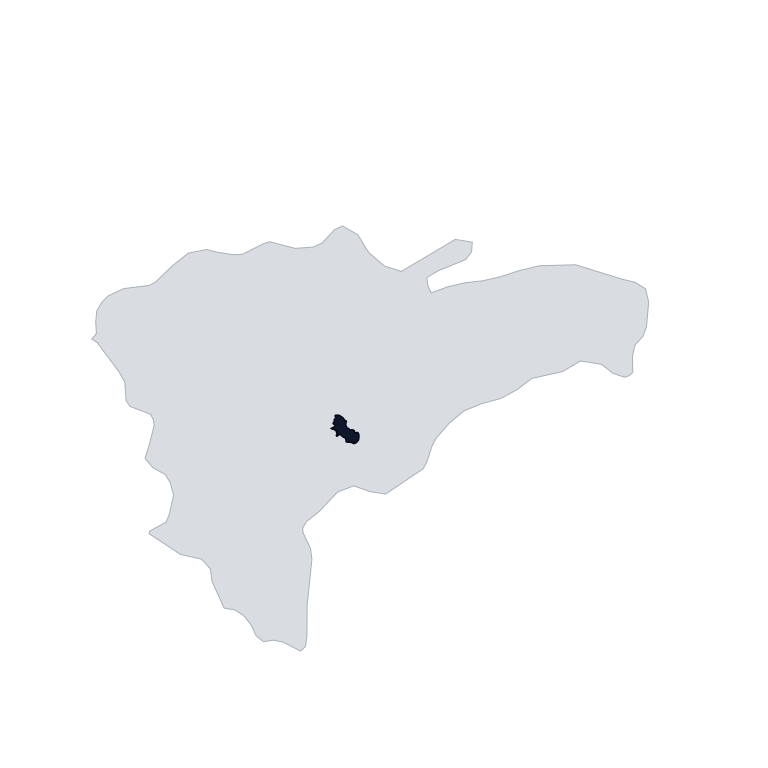 Sabana Larga, San José de Ocoa, Dominican Republic shown in context, rotated 334°
{"feature_id": "3306468B82901312279704", "entity_name": "Sabana Larga", "entity_type": "district", "adm_level": 2, "iso_a3": "DOM", "parent_name": "Dominican Republic", "parent_adm1": "San José de Ocoa", "projection": "natural_earth1", "projection_center": [-70.54, 18.642], "detail": "fine", "context": "in_parent", "style": "filled", "palette": "ink", "viewbox_px": 768, "rotation_deg": 334, "n_neighbors": 0, "source": "geoboundaries", "source_scale": "gbopen_adm2", "svg_char_len": 4709}
<svg xmlns="http://www.w3.org/2000/svg" viewBox="0 0 768 768"><g transform="rotate(334 384 384)"><path d="M142.1,515.4L142.9,486.0L146.9,474.0L143.2,461.4L126.5,448.1L116.3,430.9L107.2,415.6L109.3,413.4L127.5,412.7L133.9,407.1L146.2,391.5L148.6,379.0L147.7,369.5L139.7,358.1L136.6,346.1L146.4,335.7L159.3,320.5L161.1,314.6L160.8,308.8L145.9,292.8L144.9,285.9L151.9,268.5L151.2,256.9L144.3,220.9L141.1,215.6L147.7,212.5L152.1,201.8L158.0,192.3L165.7,187.1L174.5,183.9L192.0,184.2L216.2,192.5L223.1,192.3L246.3,184.8L265.6,180.6L283.7,185.4L291.0,191.9L306.0,202.2L313.5,205.3L337.2,205.1L343.7,206.1L363.5,223.1L380.3,229.9L390.0,230.2L407.4,223.6L416.0,223.8L425.9,238.5L427.9,259.3L436.2,278.3L448.9,290.4L511.5,285.3L525.5,295.3L520.7,303.5L511.9,307.9L482.1,306.0L469.1,307.0L466.5,315.2L466.4,322.8L483.9,324.6L500.9,328.5L518.3,334.6L536.0,338.7L556.0,341.5L575.6,345.9L608.4,360.8L644.6,394.8L654.3,402.6L660.8,413.2L657.8,426.3L644.9,447.8L637.6,454.7L626.9,458.9L619.6,467.7L612.6,482.7L608.3,484.0L603.2,483.4L594.5,474.9L588.3,461.8L570.8,449.5L550.0,451.1L519.4,443.8L500.9,447.4L482.4,448.2L463.4,444.5L444.4,443.2L425.4,447.8L406.9,455.7L400.1,460.7L388.3,472.9L382.0,477.4L337.1,483.6L324.2,474.6L312.2,462.3L294.9,460.7L269.9,470.2L254.2,473.6L247.9,477.7L246.0,482.3L245.9,499.5L242.4,509.9L217.9,549.2L204.1,577.0L198.4,585.5L191.9,587.4L179.9,571.5L172.2,565.7L162.7,562.8L158.7,554.3L158.9,542.2L156.4,530.6L150.6,521.4L142.1,515.4Z" fill="#d9dde1" stroke="#a8b0b8" stroke-width="1"/><path d="M317.1,400.8L317.4,401.3L317.6,401.7L317.7,401.9L317.8,402.1L318.0,402.2L318.6,402.6L319.0,402.8L319.2,403.0L319.4,403.2L319.5,403.4L319.7,403.8L319.9,404.3L320.1,404.7L320.3,405.2L320.4,405.4L320.4,405.8L320.4,406.1L320.3,406.3L320.1,406.7L320.1,407.0L320.0,407.9L319.9,408.1L319.8,408.3L319.6,408.6L319.0,408.9L318.9,409.1L318.7,409.2L318.7,409.4L318.6,409.6L318.6,409.9L318.6,410.0L318.8,410.3L319.1,410.3L319.5,410.3L319.9,410.2L320.4,410.0L320.6,409.9L320.9,409.8L321.1,409.8L321.3,409.8L321.6,409.9L321.8,409.9L322.4,410.3L322.6,410.5L323.0,411.3L323.2,411.8L323.5,412.4L323.6,412.8L323.9,413.4L324.1,413.8L324.2,414.0L324.4,414.2L324.6,414.3L324.9,414.5L325.1,414.7L325.2,414.8L325.3,414.9L325.3,415.2L325.4,415.5L325.4,415.9L325.4,417.0L325.3,417.5L325.3,417.9L325.2,418.1L325.0,418.4L324.7,419.2L324.7,419.3L324.7,419.5L324.8,419.7L324.9,419.8L325.0,419.9L325.4,420.1L325.8,420.3L326.2,420.5L326.7,420.8L327.1,421.0L327.6,421.3L328.0,421.5L328.3,421.7L328.7,422.1L328.9,422.3L329.5,422.6L329.7,422.8L329.9,423.0L330.0,423.2L330.2,423.5L330.3,423.8L330.4,424.0L330.6,424.2L330.7,424.3L330.9,424.4L331.1,424.5L331.3,424.5L331.8,424.5L333.2,424.5L333.5,424.5L333.8,424.4L334.0,424.4L334.4,424.1L334.8,423.9L335.1,423.7L335.3,423.6L335.5,423.6L335.9,423.5L336.1,423.4L336.3,423.3L336.5,423.1L336.9,422.7L337.2,422.3L337.4,422.0L337.5,421.7L338.3,420.6L338.4,420.4L338.5,420.0L338.8,419.5L338.9,419.0L339.2,418.6L339.2,418.3L339.3,418.0L339.3,417.6L339.3,417.2L339.3,416.8L339.2,416.5L339.2,416.4L339.0,416.2L338.9,416.0L338.7,415.8L338.6,415.7L338.4,415.6L338.2,415.6L337.6,415.7L337.5,415.8L337.4,415.7L337.1,415.6L337.0,415.4L336.8,415.3L336.7,415.0L336.7,414.9L336.6,414.7L336.6,414.4L336.6,414.1L336.6,413.8L336.7,413.6L336.8,413.1L336.8,412.8L336.8,412.7L336.6,412.5L336.3,412.1L335.8,411.6L335.6,411.3L335.3,411.1L335.2,411.0L334.8,410.9L334.3,410.9L334.0,410.8L333.9,410.8L333.7,410.7L333.3,410.2L333.1,410.0L333.1,409.9L333.0,409.6L332.9,409.1L332.9,408.9L332.8,408.7L332.6,408.4L332.1,407.9L331.9,407.6L331.8,407.4L331.7,407.2L331.6,406.6L331.6,404.8L331.7,404.2L331.7,403.9L331.8,403.7L332.0,403.3L332.1,403.0L332.2,402.8L332.4,402.6L332.5,402.5L333.0,402.2L333.4,401.8L333.6,401.3L333.9,400.8L333.5,400.3L333.2,400.0L333.1,399.8L332.9,399.4L332.7,398.9L332.6,398.7L332.6,398.4L332.5,397.3L332.5,397.0L332.4,396.7L332.2,396.2L332.0,395.8L331.9,395.5L331.5,395.0L331.3,394.8L331.1,394.2L330.9,394.0L330.5,393.4L330.4,393.2L330.2,392.8L330.1,392.6L329.8,392.3L329.4,392.1L328.9,391.8L328.5,391.6L328.1,391.4L327.8,391.3L327.4,391.2L327.2,391.1L326.5,390.8L326.4,390.9L326.3,391.0L326.0,391.5L325.9,391.7L325.9,391.9L325.8,392.1L325.9,392.5L326.0,393.0L326.1,393.3L326.0,393.5L325.9,393.9L325.8,394.0L325.7,394.1L325.4,394.2L325.2,394.2L324.9,394.1L324.5,393.9L324.4,393.8L324.2,393.8L323.8,394.0L323.7,394.2L323.6,394.4L323.4,394.8L322.8,395.7L322.6,396.2L322.5,396.3L322.4,396.4L322.2,396.6L321.9,396.7L321.4,396.7L321.2,396.8L321.0,397.0L321.0,397.3L321.2,397.7L321.2,397.9L321.4,398.5L321.7,399.2L321.7,399.4L321.8,399.6L321.7,399.8L321.7,400.0L321.4,400.3L320.9,400.6L320.7,400.7L320.1,400.8L318.0,400.7L317.1,400.8Z" fill="#0f172a" stroke="#020617" stroke-width="1.5"/></g></svg>